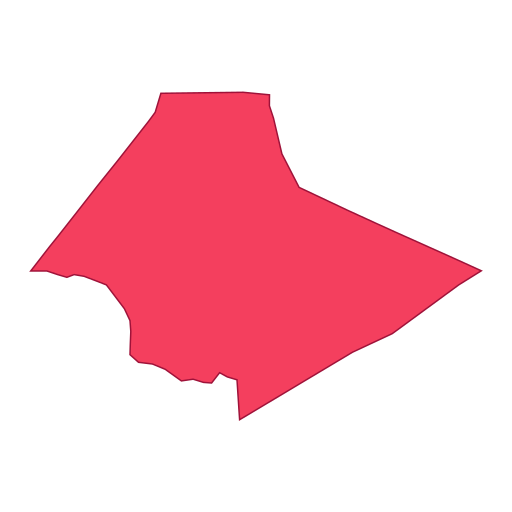 Uruburetama, Ceará, Brazil
{"feature_id": "56859067B57061783271983", "entity_name": "Uruburetama", "entity_type": "district", "adm_level": 2, "iso_a3": "BRA", "parent_name": "Brazil", "parent_adm1": "Ceará", "projection": "equal_earth", "projection_center": [-39.531, -3.622], "detail": "fine", "context": "isolated", "style": "filled", "palette": "rose", "viewbox_px": 512, "rotation_deg": 0, "n_neighbors": 0, "source": "geoboundaries", "source_scale": "gbopen_adm2", "svg_char_len": 694}
<svg xmlns="http://www.w3.org/2000/svg" viewBox="0 0 512 512"><path d="M239.6,419.7L352.5,352.2L392.3,333.6L458.7,284.9L481.3,270.8L454.3,258.5L394.5,231.7L376.0,223.3L347.4,210.2L299.1,187.4L281.9,153.9L273.5,118.2L269.4,105.8L269.5,94.8L243.2,92.3L160.9,93.3L155.2,112.3L148.5,121.4L117.9,160.4L97.9,185.3L74.9,214.7L58.0,236.2L49.7,246.5L30.7,271.0L46.9,271.0L57.7,274.6L66.9,277.3L74.1,274.6L84.1,276.3L96.7,281.1L106.4,284.9L113.9,294.8L124.4,308.7L130.0,320.6L130.8,331.5L130.3,344.4L130.0,354.7L138.5,362.3L152.4,364.0L165.2,369.3L181.4,380.9L193.1,379.2L203.5,382.4L211.6,383.0L219.6,372.7L227.3,376.9L237.0,379.8L239.6,419.7Z" fill="#f43f5e" stroke="#9f1239" stroke-width="1.5"/></svg>